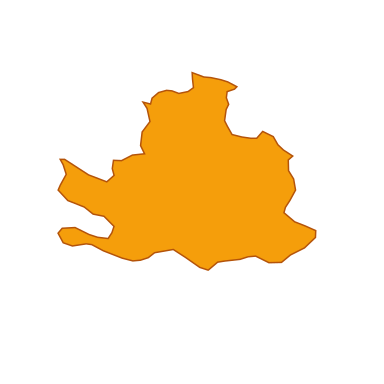 outline of Falköping, Västra Götaland, Sweden, rotated 213°
{"feature_id": "70781695B60471396362754", "entity_name": "Falköping", "entity_type": "district", "adm_level": 2, "iso_a3": "SWE", "parent_name": "Sweden", "parent_adm1": "Västra Götaland", "projection": "natural_earth1", "projection_center": [13.626, 58.177], "detail": "fine", "context": "isolated", "style": "filled", "palette": "amber", "viewbox_px": 384, "rotation_deg": 213, "n_neighbors": 0, "source": "geoboundaries", "source_scale": "gbopen_adm2", "svg_char_len": 1352}
<svg xmlns="http://www.w3.org/2000/svg" viewBox="0 0 384 384"><g transform="rotate(213 192 192)"><path d="M282.0,240.7L275.2,237.6L265.6,228.2L266.5,215.2L260.4,202.9L252.6,198.2L262.1,190.5L268.2,179.9L275.1,175.8L271.6,168.2L266.4,163.5L269.0,154.1L288.1,150.0L316.6,150.0L320.3,147.6L314.9,144.7L307.1,138.3L306.2,126.0L305.3,120.7L291.5,117.2L274.2,120.7L262.9,119.6L252.6,123.7L238.7,120.7L237.0,114.3L237.0,107.3L246.5,102.6L255.1,100.3L270.7,98.5L281.1,90.9L281.9,84.5L272.4,79.3L271.8,79.4L262.9,81.6L252.5,90.9L247.4,93.3L234.4,94.4L214.5,98.5L204.1,102.0L198.1,106.7L192.9,113.1L190.3,120.7L176.4,133.6L161.7,133.6L144.4,133.0L136.2,135.2L135.8,135.4L132.3,147.1L127.1,151.8L115.0,161.7L109.7,168.2L103.7,172.9L89.0,174.6L78.6,181.7L75.1,192.9L67.2,206.4L66.1,211.1L63.7,221.1L67.2,227.0L78.5,225.2L89.7,222.9L103.6,224.7L105.3,230.0L105.3,238.2L106.2,250.0L113.9,258.3L122.6,262.4L128.7,271.3L127.1,277.0L138.2,277.0L145.7,278.4L154.0,282.7L165.7,281.3L167.0,272.3L171.9,269.1L180.1,265.3L189.7,262.0L198.0,266.3L203.5,269.5L208.3,279.8L209.0,285.5L214.5,289.7L217.2,295.3L212.4,301.4L211.7,304.7L222.0,303.8L228.9,301.9L238.5,298.2L244.7,294.9L256.9,292.2L253.0,286.9L247.6,280.3L250.0,274.1L256.7,267.5L263.9,265.9L268.7,263.4L274.2,257.2L276.6,249.0L274.7,243.2L282.0,240.7Z" fill="#f59e0b" stroke="#b45309" stroke-width="1.5"/></g></svg>